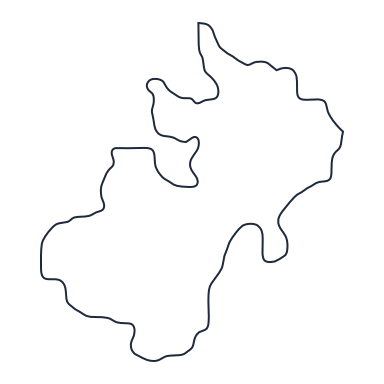 the district of Partido, Dajabón, Dominican Republic
{"feature_id": "3306468B74633928052065", "entity_name": "Partido", "entity_type": "district", "adm_level": 2, "iso_a3": "DOM", "parent_name": "Dominican Republic", "parent_adm1": "Dajabón", "projection": "equal_earth", "projection_center": [-71.507, 19.499], "detail": "fine", "context": "isolated", "style": "outline", "palette": "slate", "viewbox_px": 384, "rotation_deg": 0, "n_neighbors": 0, "source": "geoboundaries", "source_scale": "gbopen_adm2", "svg_char_len": 4713}
<svg xmlns="http://www.w3.org/2000/svg" viewBox="0 0 384 384"><path d="M115.1,148.1L113.0,149.3L112.4,150.1L112.0,151.0L111.7,152.1L111.8,154.4L113.4,159.4L113.8,161.7L113.5,164.0L113.2,165.1L112.0,166.8L109.7,168.9L108.3,170.6L106.3,173.6L102.2,183.5L101.4,186.0L101.1,187.5L100.8,190.4L101.1,194.8L101.6,197.5L103.7,203.0L104.2,205.3L103.9,207.7L103.4,208.8L102.7,209.7L101.0,210.8L96.1,212.4L91.2,215.1L89.0,215.9L85.2,216.5L77.6,216.9L74.2,217.5L72.3,218.5L69.4,220.9L67.5,221.9L59.1,223.3L56.6,224.1L54.4,225.6L52.4,227.4L48.5,231.8L45.1,236.5L42.9,240.5L41.9,243.5L41.3,248.5L41.0,255.2L41.0,267.0L41.1,270.2L41.4,273.2L42.3,275.9L43.0,277.0L43.9,277.9L44.9,278.5L46.0,278.9L48.3,279.2L55.6,279.3L58.0,279.6L60.4,280.5L62.3,282.0L63.8,284.0L64.4,285.1L65.3,287.8L65.8,290.9L66.4,298.5L67.0,301.2L67.6,302.4L69.0,304.2L75.1,309.2L80.2,312.1L85.0,315.2L87.2,316.1L90.9,316.9L102.4,317.2L107.4,317.9L109.8,318.6L114.7,321.4L116.9,322.3L120.6,323.0L129.1,323.4L131.3,324.0L132.3,324.7L133.2,325.6L133.8,326.7L134.2,327.9L134.5,329.2L134.5,331.9L134.1,334.5L133.8,335.8L131.5,341.3L130.9,343.9L130.9,346.7L131.5,349.3L132.7,351.5L134.3,353.4L135.2,354.1L142.2,357.8L146.7,359.8L149.7,360.6L152.0,360.9L154.4,361.0L156.7,360.7L158.9,360.0L164.8,356.8L167.2,356.0L170.9,355.6L179.9,355.1L182.4,354.6L184.6,353.7L190.0,349.7L191.6,348.2L192.3,347.3L193.2,345.0L194.3,340.0L195.1,337.5L195.6,336.4L196.9,334.4L198.5,332.8L199.4,332.1L205.1,329.8L206.8,328.5L207.4,327.4L207.9,326.1L208.3,324.7L208.6,321.8L208.8,317.0L208.4,301.9L208.5,295.2L208.9,290.3L209.7,287.2L210.2,285.8L211.6,283.2L219.3,272.5L221.5,268.7L222.1,267.3L222.8,264.5L224.4,256.0L227.2,248.7L229.0,243.4L230.2,241.0L232.5,237.3L236.1,232.4L239.0,229.0L242.1,226.1L243.3,225.3L245.8,224.4L248.4,223.9L251.0,223.8L253.6,224.0L256.1,224.7L257.3,225.3L259.1,226.9L260.7,228.9L261.3,230.1L261.8,231.4L262.5,234.4L262.7,239.1L262.5,253.4L262.8,256.2L263.5,258.9L264.2,260.0L265.1,260.9L267.1,261.8L270.3,262.1L274.7,261.5L279.8,258.9L283.3,256.6L285.1,255.3L285.8,254.4L286.4,253.2L286.9,252.0L287.3,249.3L287.5,246.4L287.4,243.5L287.0,240.5L286.2,237.7L285.6,236.3L284.2,233.9L280.3,228.2L279.1,225.7L278.6,224.3L278.3,222.9L278.3,220.0L278.5,218.6L279.5,215.9L280.9,213.5L282.5,211.2L289.7,202.3L294.4,197.1L297.4,194.5L301.6,192.2L307.2,188.2L311.4,186.0L316.2,183.0L319.5,181.9L325.0,181.3L327.1,180.9L329.0,179.9L329.8,179.1L330.5,178.0L331.0,176.7L331.4,173.9L331.7,163.0L332.3,158.3L333.2,155.7L334.4,153.5L335.8,151.8L338.9,148.9L340.1,147.0L340.9,144.5L342.1,136.1L343.0,131.6L339.8,128.6L336.8,125.3L333.0,120.6L330.5,116.8L329.0,114.2L327.8,111.5L326.0,104.0L324.9,101.9L324.0,101.0L321.9,100.0L318.3,99.4L306.6,99.8L302.9,99.6L300.6,98.9L299.6,98.3L298.6,97.4L298.0,96.2L297.5,94.9L297.1,92.1L297.0,81.3L296.5,76.7L296.1,75.2L295.0,72.8L293.5,70.7L292.6,69.9L291.6,69.2L289.4,68.3L285.9,67.9L283.5,68.1L281.1,68.5L276.6,70.2L268.1,63.4L267.1,62.8L264.8,62.0L261.3,61.6L256.6,61.9L254.3,62.4L249.7,64.6L247.9,65.0L246.9,64.9L245.1,64.2L238.3,60.5L232.7,56.4L227.6,53.5L221.3,48.6L219.7,47.0L218.5,44.9L214.9,36.9L212.7,30.5L211.4,28.3L209.9,26.4L208.0,24.9L205.8,24.0L203.5,23.5L198.4,23.0L198.7,44.7L199.1,49.3L199.7,52.0L200.1,53.2L202.1,56.8L202.5,58.0L203.0,60.6L204.0,67.8L204.7,70.5L205.3,71.7L206.8,73.4L211.3,77.4L214.0,80.4L216.4,83.9L217.6,86.5L218.2,89.3L218.4,92.1L218.0,94.7L217.5,96.0L216.8,97.1L215.9,98.0L213.7,99.0L205.4,100.2L203.3,101.0L199.6,102.9L197.7,103.3L196.8,103.3L195.1,102.6L192.2,99.3L190.8,98.5L189.1,98.2L184.0,98.2L181.8,97.9L179.5,97.2L177.5,96.1L170.7,91.6L168.9,90.1L166.6,87.4L163.7,82.3L162.9,81.4L162.0,80.6L159.8,79.6L157.4,79.0L154.9,78.9L152.5,79.1L151.3,79.5L150.1,80.0L148.4,81.5L147.2,83.5L146.9,84.6L146.8,85.9L147.0,87.2L147.9,89.2L149.1,90.7L151.9,93.1L152.6,93.9L153.5,96.1L153.8,98.6L153.8,101.3L153.5,103.9L152.0,109.6L151.9,111.9L153.4,119.2L154.5,126.1L155.3,128.9L156.5,131.2L158.1,133.2L159.0,134.0L161.1,135.2L163.6,135.9L169.9,136.7L172.4,137.3L174.6,138.1L178.5,140.3L180.6,141.2L182.9,141.7L186.1,142.0L191.7,138.1L193.4,137.2L194.4,137.0L195.4,137.0L196.5,137.4L197.4,138.1L198.2,139.3L198.6,140.5L198.9,143.1L198.6,145.8L198.3,147.2L197.9,148.5L196.7,150.8L193.8,155.0L191.8,158.1L190.7,160.3L190.1,163.0L190.1,165.8L190.4,167.2L191.4,169.8L192.8,172.1L195.8,176.3L197.0,178.4L197.7,180.9L197.7,182.2L197.4,183.5L196.9,184.7L196.1,185.6L194.1,186.6L191.9,186.9L189.6,187.0L182.0,186.6L176.9,185.8L173.5,184.5L168.7,181.3L164.6,178.9L162.5,177.2L160.7,175.2L158.1,171.8L156.1,167.9L155.6,166.5L155.0,163.4L154.5,155.8L154.0,153.0L153.5,151.7L152.8,150.5L151.9,149.6L150.9,148.9L148.6,148.2L144.9,147.9L128.7,148.2L115.1,148.1Z" fill="none" stroke="#1e293b" stroke-width="2"/></svg>